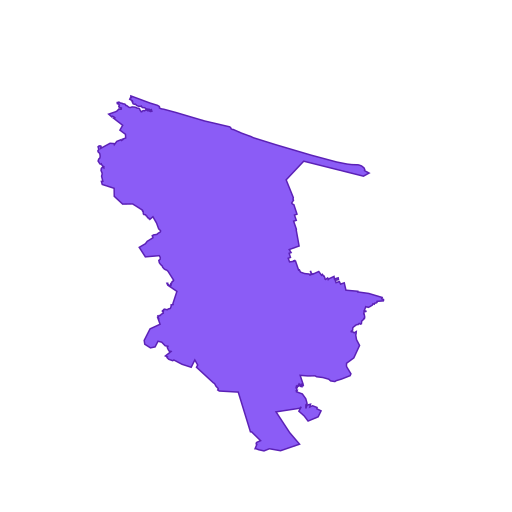 Culiacán, Sinaloa, Mexico (Mercator projection), rotated 161°
{"feature_id": "50627088B68322081472397", "entity_name": "Culiacán", "entity_type": "district", "adm_level": 2, "iso_a3": "MEX", "parent_name": "Mexico", "parent_adm1": "Sinaloa", "projection": "mercator", "projection_center": [-107.227, 24.655], "detail": "fine", "context": "isolated", "style": "filled", "palette": "violet", "viewbox_px": 512, "rotation_deg": 161, "n_neighbors": 0, "source": "geoboundaries", "source_scale": "gbopen_adm2", "svg_char_len": 6091}
<svg xmlns="http://www.w3.org/2000/svg" viewBox="0 0 512 512"><g transform="rotate(161 256 256)"><path d="M311.9,69.1L306.1,69.4L296.2,63.9L276.1,63.9L281.7,78.1L287.8,102.1L264.2,97.8L262.3,98.7L266.0,95.3L262.5,89.1L260.5,83.0L249.6,83.7L244.9,88.4L248.2,91.7L247.6,92.9L251.3,96.0L254.3,95.7L252.7,98.1L256.3,98.4L258.5,95.6L257.3,99.0L255.7,100.0L255.4,104.8L257.1,110.5L261.8,114.3L261.3,114.9L261.7,114.8L261.9,115.3L261.3,115.3L260.7,117.2L260.8,117.9L261.1,118.2L261.0,118.4L260.7,118.1L259.9,118.2L259.8,118.9L260.2,119.2L260.2,119.8L259.9,119.9L259.9,119.3L259.3,118.9L258.2,119.1L258.6,119.6L257.8,119.5L257.8,120.3L257.0,121.0L256.6,119.2L256.1,119.9L255.9,119.3L256.1,118.5L255.2,118.8L255.7,118.1L255.3,117.6L255.0,118.4L254.8,117.6L254.6,118.5L254.1,117.9L253.5,118.1L253.9,119.8L253.2,119.6L253.1,128.8L246.0,125.7L239.2,123.5L238.0,122.1L232.3,119.3L227.3,115.8L226.1,113.6L222.3,111.6L220.8,112.0L215.3,111.8L206.0,112.2L204.6,113.7L206.3,121.5L206.3,122.5L205.3,125.1L196.7,127.8L187.2,137.7L188.2,144.2L187.4,148.9L186.8,149.7L185.8,151.9L188.2,151.4L189.1,152.7L190.6,153.4L190.5,153.8L188.7,154.5L187.9,156.6L186.6,157.3L185.3,157.6L184.8,158.0L182.7,158.3L181.9,157.9L180.4,158.7L179.5,157.6L178.4,157.6L177.3,160.0L174.6,161.2L174.5,161.6L173.8,161.6L173.7,162.3L173.1,162.7L172.6,165.8L172.9,165.9L172.9,166.5L172.3,167.3L171.8,168.6L170.4,167.7L170.0,168.0L171.3,169.2L168.9,172.1L168.8,171.8L168.4,172.1L167.5,171.7L166.7,170.9L165.1,171.0L161.9,171.7L160.9,172.8L159.9,171.9L159.1,172.7L157.3,172.5L156.7,172.7L156.3,173.7L150.2,172.1L149.7,172.8L149.6,173.4L151.1,174.6L150.2,175.7L161.6,183.9L171.5,188.9L171.2,189.5L182.1,194.4L181.3,201.9L185.2,201.9L185.5,204.7L189.0,204.7L189.0,207.2L185.7,206.8L185.4,208.6L189.3,208.8L188.9,211.3L194.4,210.7L195.4,210.2L195.4,211.9L197.9,211.2L198.3,211.9L198.0,213.1L198.2,214.9L198.6,214.9L199.2,217.0L200.3,216.4L201.7,220.9L208.1,220.3L208.1,220.7L209.2,220.6L209.3,223.6L209.5,223.6L209.5,221.0L210.6,221.0L210.6,220.4L211.2,220.4L211.7,221.7L215.8,223.6L219.2,226.3L219.5,228.8L220.3,228.8L220.3,238.4L221.1,238.6L221.0,239.2L222.1,239.2L222.3,238.7L226.2,239.5L226.3,243.4L223.9,243.4L223.8,247.8L221.7,247.8L222.5,251.3L212.0,251.4L209.5,267.6L209.1,268.1L209.1,276.7L206.3,276.6L206.3,282.2L203.6,282.2L203.5,292.2L204.3,292.9L205.0,294.1L204.8,294.7L202.4,296.5L202.5,297.7L201.7,299.1L202.7,318.2L180.0,330.1L128.4,296.5L122.1,297.6L125.6,301.4L125.0,302.3L125.2,304.2L126.9,306.8L128.6,308.2L129.8,309.0L135.6,311.2L139.8,313.2L149.1,318.6L170.9,333.3L201.1,354.8L220.0,368.7L221.7,370.4L229.8,377.0L236.4,383.1L237.1,383.3L238.1,384.3L238.2,385.8L239.0,386.8L260.8,400.5L285.2,417.9L295.4,424.8L297.5,425.9L299.1,427.4L298.7,428.6L298.9,429.1L300.2,430.6L306.5,435.2L322.2,448.1L322.7,446.7L322.0,446.6L322.7,446.2L323.3,446.4L324.4,445.3L322.4,443.1L322.4,442.9L322.7,443.2L322.9,443.1L322.6,439.9L321.5,439.0L320.5,438.8L319.9,437.3L318.5,436.0L316.6,435.1L315.6,435.1L315.4,433.9L314.9,433.2L313.0,432.5L312.1,430.9L311.3,430.7L310.5,429.9L309.4,429.7L308.0,428.2L307.3,428.4L307.3,426.8L308.7,426.9L310.3,428.4L311.0,428.5L311.0,428.9L312.6,429.9L313.0,430.0L314.0,429.5L315.0,430.1L316.3,430.1L316.8,429.6L317.6,429.7L318.1,431.4L318.2,432.9L318.7,433.8L320.3,434.5L320.7,435.1L322.1,436.2L324.6,437.3L326.5,437.3L327.4,437.7L327.9,438.2L329.3,440.4L330.1,440.7L330.3,442.0L330.8,442.5L332.3,443.3L333.1,444.2L334.3,444.6L335.1,445.8L335.7,446.2L336.2,445.9L337.7,446.6L337.4,446.2L337.5,445.1L336.4,444.3L336.2,443.8L336.2,443.0L337.0,442.3L337.0,442.1L336.7,442.2L336.8,440.9L335.1,439.8L335.6,438.7L336.9,439.0L337.9,439.6L340.1,438.4L341.6,438.1L349.1,438.1L347.0,434.4L346.3,434.9L345.2,434.0L344.5,432.7L345.8,432.6L339.5,423.0L343.7,419.3L339.8,413.6L340.8,410.0L344.2,409.9L344.0,409.4L345.6,409.0L346.0,409.9L350.3,409.7L353.7,407.4L353.6,408.5L357.3,410.1L367.8,408.3L367.4,409.2L366.9,409.8L366.8,410.3L367.4,410.8L368.5,411.2L369.8,410.7L369.9,408.1L370.2,407.6L370.8,407.4L371.2,407.0L371.4,405.9L370.5,404.1L370.4,403.5L370.8,401.2L371.7,399.5L373.1,398.9L374.4,397.2L373.6,393.9L372.7,393.3L372.3,393.4L372.4,392.8L371.5,391.1L371.5,390.4L371.2,390.0L370.8,389.9L371.2,388.8L372.2,390.0L373.7,389.2L374.7,387.3L374.5,384.7L374.8,383.5L376.0,381.8L376.5,376.5L377.9,376.9L378.1,373.7L368.1,366.2L370.6,358.6L365.2,348.5L355.7,345.4L348.5,336.4L348.7,335.9L348.3,335.5L348.2,335.0L348.5,334.8L348.3,334.4L348.8,332.5L348.5,331.7L347.0,331.0L346.7,329.6L346.2,329.2L346.0,327.5L345.6,327.4L345.0,326.5L345.0,326.0L344.5,325.8L344.4,325.2L340.7,326.7L339.3,319.4L339.2,313.4L338.0,311.0L338.4,310.1L338.9,309.8L341.0,309.4L342.8,308.7L345.9,309.3L346.9,309.0L347.3,309.1L347.6,308.9L347.3,307.7L347.5,306.8L354.1,305.3L356.6,303.6L363.6,302.2L360.9,291.2L347.3,287.8L347.0,285.7L347.7,284.1L349.3,283.5L349.6,281.1L348.9,278.9L347.9,277.0L347.9,275.8L347.1,273.8L346.0,272.4L345.2,272.0L344.2,270.3L341.8,260.2L342.1,260.1L342.1,259.5L342.6,259.2L343.8,259.0L344.4,258.0L345.5,257.8L345.5,257.1L346.3,256.6L346.6,256.1L346.3,256.4L345.9,256.6L345.6,256.5L345.7,256.2L346.5,255.5L347.6,256.3L348.6,258.5L348.4,259.0L349.1,259.2L348.9,257.1L342.3,248.3L350.1,238.0L350.2,237.1L352.2,237.4L352.5,236.2L354.0,234.4L354.4,234.3L356.1,234.5L357.4,234.1L358.9,234.9L359.5,235.5L360.6,235.5L361.0,234.7L361.8,234.9L362.5,234.5L362.5,234.0L361.8,233.5L362.2,232.8L362.3,232.1L364.3,231.8L366.1,230.9L366.9,231.3L367.8,230.8L368.3,231.2L368.4,230.9L368.1,230.6L368.6,229.7L368.5,229.0L369.0,229.4L368.9,222.7L379.9,221.6L389.2,212.6L389.9,208.8L385.7,203.5L381.0,202.9L376.4,207.3L373.2,205.2L371.1,200.7L368.7,199.3L369.7,198.3L369.4,195.7L368.8,193.5L367.5,193.7L367.3,193.4L374.2,191.0L372.6,189.5L373.2,188.9L372.1,186.7L368.8,184.1L367.5,184.4L361.2,177.7L353.5,171.9L347.7,177.6L346.6,171.9L348.5,170.2L337.6,150.0L336.7,148.9L336.2,145.8L335.0,143.3L335.0,142.5L335.8,141.8L334.7,140.3L317.1,133.1L318.5,91.6L317.4,91.1L311.8,79.9L315.6,79.6L316.5,79.2L317.0,78.3L316.5,77.8L316.6,77.5L319.6,74.1L318.8,73.8L316.6,72.0L311.9,69.1Z" fill="#8b5cf6" stroke="#5b21b6" stroke-width="1.5"/></g></svg>